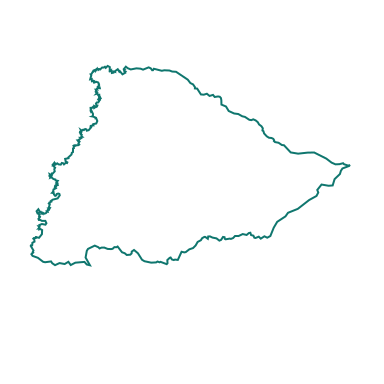 outline of Santissimo Nome De Jesus, Ribeira Grande de Santiago, Cabo Verde, rotated 107°
{"feature_id": "66160863B56005242542710", "entity_name": "Santissimo Nome De Jesus", "entity_type": "district", "adm_level": 2, "iso_a3": "CPV", "parent_name": "Cabo Verde", "parent_adm1": "Ribeira Grande de Santiago", "projection": "robinson", "projection_center": [-23.597, 14.95], "detail": "fine", "context": "isolated", "style": "outline", "palette": "teal", "viewbox_px": 384, "rotation_deg": 107, "n_neighbors": 0, "source": "geoboundaries", "source_scale": "gbopen_adm2", "svg_char_len": 6074}
<svg xmlns="http://www.w3.org/2000/svg" viewBox="0 0 384 384"><g transform="rotate(107 192 192)"><path d="M211.2,104.2L202.2,103.4L195.6,101.8L188.0,95.5L183.8,94.1L177.2,85.9L165.4,77.6L159.4,71.8L155.6,71.1L153.4,72.8L147.0,70.3L146.1,63.2L144.6,59.4L138.0,59.4L131.6,55.8L128.2,55.8L125.5,55.0L121.1,49.3L119.9,49.0L121.1,50.1L121.0,54.8L120.3,55.9L122.3,59.2L123.6,62.9L123.1,67.1L120.8,73.3L118.5,86.7L120.6,93.1L124.3,101.7L125.3,109.2L120.4,117.7L120.8,119.8L119.6,123.6L120.0,127.2L119.3,128.6L118.6,128.5L117.4,129.8L117.1,131.7L117.6,134.3L116.9,136.8L114.9,140.2L112.9,141.5L112.6,142.6L110.4,142.9L108.8,144.8L107.8,147.6L106.0,149.5L104.9,152.1L104.6,154.7L105.9,156.2L106.2,158.3L104.7,163.3L104.9,166.1L103.9,170.5L104.6,174.7L103.8,180.6L100.3,184.5L99.8,189.4L95.6,190.8L93.7,191.8L92.8,193.3L93.0,195.0L94.5,198.1L93.0,200.3L95.0,203.3L93.7,206.5L95.5,209.2L96.1,212.0L91.6,217.3L92.1,219.5L90.9,219.8L88.8,222.4L88.3,225.4L85.8,228.9L81.7,242.4L82.6,246.2L82.4,249.0L83.7,254.1L84.9,256.3L85.3,264.5L86.9,264.9L87.2,265.7L85.8,267.6L85.5,269.9L89.3,274.6L89.1,277.2L90.0,281.3L92.7,286.4L92.4,289.7L91.5,291.9L94.3,293.1L94.6,292.4L94.9,292.9L96.2,292.1L96.3,290.9L97.0,291.3L97.5,290.7L99.8,292.9L97.5,296.4L98.2,296.7L96.3,298.9L99.2,301.1L99.6,300.8L99.6,301.9L100.8,301.9L101.6,303.4L99.7,304.1L100.4,305.4L99.3,305.4L100.0,306.2L96.6,307.1L96.1,309.5L98.5,310.8L97.7,311.9L98.8,312.8L99.2,314.3L101.7,315.7L101.5,316.4L102.5,317.2L101.9,317.6L102.6,318.7L102.1,318.7L103.1,319.1L102.3,319.2L104.1,320.4L103.6,320.4L104.6,321.7L108.8,322.7L109.1,323.3L110.0,322.4L114.0,322.3L113.2,320.9L115.3,320.1L114.5,318.9L115.3,318.3L114.8,317.8L115.9,317.4L114.6,315.7L114.7,313.7L115.8,312.7L116.4,313.5L116.2,312.6L117.2,312.0L119.0,312.9L119.6,312.2L119.0,310.9L119.7,310.5L120.3,312.8L121.6,313.4L121.9,312.9L122.2,313.8L122.6,313.2L123.7,313.5L124.1,312.4L124.7,312.8L125.2,311.8L126.1,312.2L125.5,311.3L126.6,311.1L126.2,311.0L126.6,310.4L126.1,309.1L126.8,308.8L127.3,309.3L128.5,308.6L128.0,307.8L129.0,306.9L129.6,308.4L130.0,308.5L129.3,307.4L130.8,306.9L131.7,307.9L132.4,307.4L133.8,307.9L134.2,309.2L135.5,309.7L137.1,308.6L137.0,307.8L138.1,307.9L138.8,308.6L138.5,309.8L139.2,309.3L140.4,310.2L139.1,311.3L141.8,312.8L141.0,313.1L141.2,313.6L143.5,312.7L143.1,312.3L144.0,312.7L144.8,312.0L144.0,311.6L146.3,309.5L148.4,309.0L148.9,309.6L148.8,308.8L149.5,308.6L148.8,308.6L149.0,306.3L149.7,305.9L149.3,305.3L151.8,303.3L154.5,303.6L155.8,306.0L156.7,305.8L156.5,306.4L157.5,306.5L158.4,308.2L159.3,308.1L158.3,307.4L159.5,307.3L163.1,308.9L164.1,310.5L163.0,311.3L163.0,312.6L164.4,313.5L164.2,314.3L165.5,315.5L165.2,316.4L166.1,315.6L167.0,316.7L168.0,316.6L168.5,315.9L168.1,315.3L169.2,315.3L169.5,314.2L170.8,314.2L171.3,313.2L171.5,313.8L172.5,313.5L172.8,314.5L173.1,313.9L175.3,315.7L175.7,315.4L176.1,316.5L176.9,315.4L176.4,314.8L176.6,314.3L178.8,314.8L179.6,313.7L180.4,314.3L181.2,316.3L181.5,315.8L181.3,316.8L182.1,317.3L181.8,318.3L182.2,318.6L182.4,317.7L183.5,318.3L184.6,317.8L185.2,318.5L188.6,317.5L189.7,318.4L191.4,318.2L195.1,320.4L195.8,320.0L197.4,323.0L199.6,321.8L200.1,319.9L200.9,320.0L200.9,321.2L203.0,322.5L202.2,323.5L202.3,325.0L204.2,325.5L204.6,327.7L204.0,329.2L205.2,330.3L204.6,330.3L205.1,330.4L204.6,331.1L205.2,332.0L204.6,332.3L206.3,333.0L206.3,332.6L207.4,332.8L207.2,331.8L207.8,331.9L208.8,330.0L210.4,330.4L212.4,329.3L215.4,330.8L215.4,331.4L217.3,331.1L216.9,332.3L217.7,331.9L217.3,332.8L218.3,332.1L218.0,333.0L218.3,333.1L219.1,332.2L218.4,331.2L219.5,331.4L219.0,330.8L220.1,328.3L220.0,326.3L220.8,325.8L220.6,323.7L222.6,324.4L222.9,323.4L223.5,323.8L223.4,323.2L224.6,322.4L225.5,323.9L226.4,323.6L226.5,324.7L228.1,324.5L228.4,323.5L230.1,325.2L232.6,324.9L233.1,325.7L233.0,325.1L233.7,325.5L233.5,323.9L234.7,323.3L235.7,321.7L234.9,320.8L233.5,320.8L232.6,319.5L232.6,318.3L233.8,317.5L237.4,318.6L240.0,322.9L241.8,324.3L242.3,323.7L243.8,325.3L244.4,324.9L245.0,325.4L245.5,324.4L248.1,324.4L248.8,324.0L248.8,323.2L249.4,323.4L248.9,324.0L249.3,324.5L249.6,323.4L250.7,323.5L250.6,325.4L251.2,324.1L252.2,324.7L252.7,324.4L252.6,325.0L252.8,325.3L253.2,324.7L255.0,325.6L255.9,326.9L255.5,328.4L256.5,328.3L256.2,329.3L256.6,329.7L254.5,331.2L255.5,330.9L255.9,332.2L254.8,332.3L253.4,333.9L254.1,334.2L254.2,333.6L254.3,334.3L255.8,335.0L257.6,333.5L256.9,332.3L257.9,332.2L258.1,331.3L259.5,331.2L259.9,330.4L260.5,330.8L260.9,330.2L262.6,331.0L263.5,330.3L263.1,328.9L263.5,327.2L262.5,323.8L264.4,322.1L266.1,322.6L266.5,326.2L268.2,328.3L269.0,327.7L269.9,327.8L269.9,328.4L270.4,327.8L271.5,328.0L270.9,327.6L271.7,328.0L271.4,327.3L272.3,327.1L271.7,326.4L272.2,324.2L276.2,323.2L280.5,324.9L280.8,327.9L279.9,328.3L281.7,328.0L282.3,329.8L283.0,330.1L283.4,329.0L285.5,328.1L287.2,329.8L289.4,329.3L290.2,329.9L290.2,331.3L290.5,329.9L290.9,330.2L294.3,326.5L296.1,326.8L296.4,326.2L298.4,327.4L299.7,325.8L300.0,320.1L302.3,313.9L302.1,311.9L299.6,306.5L301.0,304.8L302.0,301.6L298.7,297.9L298.1,292.7L294.9,289.8L297.3,286.6L293.7,282.9L290.3,274.4L292.1,271.4L291.9,268.2L285.8,274.6L279.0,275.4L276.8,274.8L271.7,269.3L272.2,265.4L273.0,263.9L271.6,262.2L270.8,259.7L271.1,256.0L270.2,252.5L269.5,251.3L267.4,250.1L266.9,248.1L265.9,247.2L270.1,241.3L270.2,238.5L271.3,236.0L270.0,232.7L268.4,231.8L266.6,232.2L264.4,230.5L266.4,225.8L271.4,220.0L272.1,217.2L271.5,210.4L269.8,205.7L268.6,204.7L268.7,202.4L268.0,201.7L268.4,195.1L267.3,194.6L264.3,195.7L261.5,194.1L260.9,193.3L262.4,191.5L262.4,189.5L261.6,188.5L261.1,185.7L252.2,184.5L252.0,181.7L251.3,180.4L247.6,177.8L245.3,174.6L242.1,172.9L238.1,172.0L235.5,169.4L233.2,168.8L231.3,167.0L231.1,166.2L232.1,163.2L229.8,163.5L229.2,161.8L229.6,159.1L229.2,155.0L230.5,151.6L229.3,150.2L225.9,149.2L225.7,147.7L227.2,146.9L227.4,146.0L225.5,142.2L225.5,141.1L224.0,139.2L221.5,138.0L220.5,134.6L217.4,131.2L217.1,127.2L214.6,125.6L213.9,124.3L215.9,122.9L215.8,120.5L217.5,119.0L217.4,117.8L215.2,115.1L216.5,112.6L213.2,109.8L213.7,106.7L211.2,104.2Z" fill="none" stroke="#0f766e" stroke-width="2"/></g></svg>